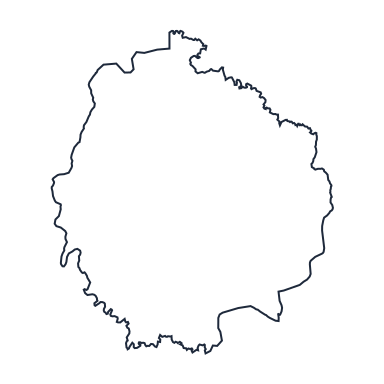 the district of Sikasso, Sikasso, Mali, rotated 357°
{"feature_id": "8926073B43266503533040", "entity_name": "Sikasso", "entity_type": "district", "adm_level": 2, "iso_a3": "MLI", "parent_name": "Mali", "parent_adm1": "Sikasso", "projection": "robinson", "projection_center": [-5.843, 11.532], "detail": "fine", "context": "isolated", "style": "outline", "palette": "slate", "viewbox_px": 384, "rotation_deg": 357, "n_neighbors": 0, "source": "geoboundaries", "source_scale": "gbopen_adm2", "svg_char_len": 5901}
<svg xmlns="http://www.w3.org/2000/svg" viewBox="0 0 384 384"><g transform="rotate(357 192 192)"><path d="M60.7,167.6L58.7,168.1L54.4,170.9L53.5,172.0L54.8,174.9L54.6,176.0L53.5,178.3L52.2,179.7L52.1,181.2L52.7,184.1L53.0,188.8L54.6,193.5L55.6,195.1L60.2,197.4L60.4,198.3L59.9,199.7L60.0,202.4L57.8,209.1L54.2,212.3L53.2,216.5L54.8,219.0L59.1,220.6L63.4,224.4L64.4,226.7L63.2,230.1L63.2,232.3L64.5,235.5L61.7,240.4L61.3,241.8L61.4,243.7L59.5,246.7L58.3,249.6L57.3,256.1L57.5,257.3L58.8,259.4L60.2,259.6L61.9,257.6L62.9,255.3L63.8,250.3L65.8,246.9L69.5,245.1L71.9,243.3L74.6,242.8L77.2,244.7L77.6,246.7L77.0,248.7L75.7,250.2L75.8,254.5L74.5,257.3L74.6,260.9L75.6,262.1L76.1,263.9L77.8,266.6L78.8,267.2L80.5,266.6L81.4,267.8L82.7,270.3L83.0,272.1L85.6,277.0L82.6,283.6L81.5,284.3L79.6,283.4L78.8,283.9L80.0,287.4L82.2,289.4L87.2,288.9L89.0,289.5L90.3,290.6L91.5,293.1L91.5,294.5L91.9,295.7L88.7,298.0L88.8,300.0L89.5,300.6L93.8,298.1L94.8,297.1L96.9,297.3L98.5,298.1L99.1,298.9L99.2,302.0L97.9,304.2L97.7,306.0L98.3,307.3L99.3,307.8L100.2,309.4L101.5,309.1L102.0,307.3L104.8,304.7L105.7,305.3L106.0,305.9L104.0,310.0L104.4,311.4L106.0,312.0L108.2,311.9L111.0,313.3L111.2,314.7L110.1,317.8L111.1,318.3L113.5,318.5L118.1,315.2L118.6,317.8L119.5,318.8L121.2,318.4L121.8,320.1L119.5,322.2L120.3,324.1L121.7,325.0L122.3,327.9L122.0,330.0L119.2,333.8L120.0,337.0L119.1,337.5L118.2,339.5L118.5,343.9L119.3,344.6L119.5,345.7L120.8,345.0L121.7,343.1L124.5,339.4L125.9,341.0L125.7,343.8L126.6,344.9L129.0,344.8L132.3,342.9L132.5,342.0L131.0,341.0L130.8,340.2L131.3,339.3L132.7,339.5L133.4,340.1L135.5,340.0L136.7,340.4L137.5,342.7L138.3,343.7L139.5,343.3L141.3,343.5L143.1,341.6L145.0,341.9L147.0,344.4L148.4,345.0L149.7,342.4L150.1,339.6L152.3,340.1L152.6,337.6L151.3,336.1L152.7,333.1L154.7,335.1L157.6,334.3L158.5,335.2L159.6,335.3L160.4,334.8L163.1,335.2L164.0,334.9L164.0,338.3L165.2,340.9L166.5,341.7L167.8,340.7L169.5,341.5L169.9,342.1L172.0,341.0L173.7,342.4L173.6,343.2L172.5,343.6L174.7,344.8L175.5,347.4L178.0,347.8L178.6,349.4L180.2,348.1L181.9,348.7L183.6,348.2L184.2,349.1L183.3,350.4L184.1,352.3L188.3,349.8L189.8,350.4L189.5,347.9L190.6,345.6L191.6,344.7L194.6,345.7L196.3,344.9L196.8,345.4L196.6,347.8L197.5,349.6L196.5,350.8L197.1,353.9L202.0,351.7L204.8,346.4L209.1,347.0L214.1,342.0L213.0,333.2L211.1,329.3L211.7,319.1L213.2,315.8L216.3,314.1L232.1,310.3L244.5,309.0L247.7,310.8L249.9,312.5L251.6,313.0L253.7,314.9L258.6,318.4L259.6,318.8L261.0,320.3L263.1,321.8L268.7,324.9L271.7,325.4L272.0,322.1L271.6,317.7L273.0,320.2L272.9,319.8L273.8,318.7L275.2,315.9L275.9,312.4L275.5,309.8L273.8,305.3L273.2,296.0L278.5,295.2L294.8,290.4L298.8,287.4L302.3,285.5L305.1,282.6L306.2,280.0L305.9,270.5L306.1,268.5L306.9,266.9L311.7,263.2L318.5,260.4L319.4,259.9L320.3,258.7L321.1,255.0L319.9,237.3L320.2,232.8L321.6,227.2L322.6,224.5L325.7,222.5L328.1,220.0L328.9,218.6L330.6,217.7L331.4,216.7L331.9,215.2L331.4,212.4L329.8,209.7L330.0,206.8L330.7,204.5L331.3,204.2L329.9,199.8L330.2,199.3L330.2,197.3L330.7,196.3L331.1,193.7L331.6,193.2L331.5,192.4L330.3,190.6L329.8,188.6L328.7,187.1L328.3,181.8L326.6,179.6L325.1,178.3L324.8,176.6L323.0,175.3L321.6,175.6L319.0,175.4L316.3,176.1L315.3,175.4L315.3,174.9L313.0,173.4L312.7,170.3L313.9,169.2L314.7,167.5L315.0,165.5L316.4,163.8L318.4,158.7L318.1,155.1L317.4,153.3L318.2,151.6L318.5,148.3L319.4,146.1L319.6,142.7L319.1,141.1L319.3,139.7L318.6,139.3L317.3,139.7L316.1,140.7L314.2,139.9L313.0,138.7L314.2,137.8L314.4,136.9L313.8,136.4L313.1,134.4L311.6,134.7L310.4,132.8L308.3,132.5L306.0,130.2L305.3,131.1L304.2,131.0L303.8,130.3L302.9,130.8L302.2,129.4L301.6,129.4L300.5,131.6L300.0,130.4L298.8,130.6L298.6,129.6L297.6,128.4L296.2,128.7L295.3,127.1L294.5,126.8L293.5,127.3L292.7,126.5L291.2,126.2L290.5,125.6L290.5,124.9L289.2,124.9L285.0,126.8L283.3,130.1L282.7,127.8L283.0,126.2L281.0,124.2L281.9,122.7L281.9,119.2L280.4,119.1L279.5,118.5L277.3,118.5L273.9,116.6L274.6,114.0L273.9,112.6L272.0,112.4L271.0,111.6L269.9,112.0L269.9,113.0L268.7,112.6L267.8,111.2L268.8,109.5L268.0,108.3L270.0,106.1L270.3,104.0L268.9,102.0L267.3,100.9L265.5,101.3L264.5,100.5L265.1,98.9L266.2,97.5L265.8,96.1L261.8,94.4L261.1,92.0L260.3,91.5L259.0,91.5L256.8,92.4L256.3,91.5L256.8,90.4L256.7,88.9L252.9,86.6L251.7,87.2L251.6,88.5L252.5,89.7L252.4,90.2L251.2,90.7L249.6,90.5L248.3,89.6L246.6,90.9L244.8,91.1L244.6,89.9L245.1,89.8L246.8,88.2L246.5,85.8L245.1,82.9L243.1,82.3L242.2,83.9L242.6,85.2L242.1,87.4L240.2,87.3L240.0,84.6L237.8,79.7L237.1,79.5L234.7,79.9L231.5,81.8L231.3,78.9L230.6,77.6L229.2,71.4L229.6,69.4L228.4,69.1L226.1,71.2L225.4,72.5L224.4,72.9L219.3,71.9L217.8,70.3L217.0,70.4L215.5,72.0L212.9,72.6L211.4,73.5L210.7,73.6L208.5,72.6L203.9,73.7L201.8,71.8L202.0,69.7L199.0,66.1L197.6,65.2L197.0,64.0L197.7,62.9L196.7,60.2L198.0,57.9L200.7,56.3L202.0,56.2L204.5,58.5L205.4,58.6L206.7,58.0L206.6,57.6L205.0,56.7L204.5,55.7L204.7,55.1L205.7,54.0L207.4,54.0L208.3,50.0L211.0,49.4L211.9,49.5L213.1,50.5L214.1,46.9L213.4,46.5L211.8,46.8L210.5,46.5L211.0,44.9L209.3,43.1L208.3,41.2L206.6,39.9L205.1,40.8L203.3,39.1L202.2,40.3L201.4,40.3L199.0,38.8L197.6,39.0L194.1,37.0L190.8,37.5L190.3,35.4L191.8,32.6L190.9,31.4L189.0,30.5L188.5,30.8L187.7,32.8L187.1,32.6L185.9,30.6L185.3,30.3L184.3,30.4L183.2,32.7L182.6,33.2L182.0,33.0L181.6,32.3L182.1,31.0L181.5,30.2L180.3,30.1L177.8,31.6L177.0,47.6L164.7,48.0L151.7,50.6L143.9,49.4L138.9,55.9L140.1,66.4L136.9,69.4L130.9,69.2L123.1,59.8L110.3,60.2L104.2,65.2L103.1,67.6L102.2,68.0L102.2,68.4L99.4,71.5L95.3,77.0L94.5,79.4L94.9,81.5L96.6,85.1L96.5,88.2L98.3,92.7L97.8,94.4L98.2,96.3L99.6,98.5L98.9,101.9L96.4,104.4L94.7,107.0L94.1,109.4L92.9,111.0L90.2,116.6L87.6,119.7L87.2,121.6L87.4,122.9L84.9,126.3L83.7,128.9L83.4,131.7L82.3,136.3L81.0,136.8L76.8,141.3L73.8,148.5L73.1,151.3L73.4,152.9L74.2,154.6L73.3,157.2L73.6,159.8L72.9,161.6L69.9,166.3L65.2,167.5L60.7,167.6Z" fill="none" stroke="#1e293b" stroke-width="2"/></g></svg>